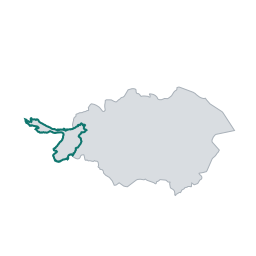 where Badakhshan sits in Afghanistan, rotated 213°
{"feature_id": "AFG-1760", "entity_name": "Badakhshan", "entity_type": "Province", "adm_level": 1, "iso_a3": "AFG", "parent_name": "Afghanistan", "parent_adm1": "", "projection": "orthographic", "projection_center": [71.727, 36.958], "detail": "fine", "context": "in_parent", "style": "outline", "palette": "teal", "viewbox_px": 256, "rotation_deg": 213, "n_neighbors": 0, "source": "natural_earth", "source_scale": "10m", "svg_char_len": 8740}
<svg xmlns="http://www.w3.org/2000/svg" viewBox="0 0 256 256"><g transform="rotate(213 128 128)"><path d="M116.7,76.4L121.0,76.2L123.9,76.9L125.4,78.5L126.9,79.0L128.4,78.3L129.3,78.2L129.6,78.7L130.3,79.0L131.5,78.9L132.1,79.4L132.2,80.3L133.0,81.5L134.4,83.0L135.8,83.3L137.6,82.3L138.2,82.5L138.5,82.1L138.7,81.3L139.8,80.6L141.7,80.0L142.8,79.4L143.2,78.9L143.9,78.8L144.6,78.9L145.1,78.8L145.5,78.1L146.2,77.8L146.8,78.0L149.4,80.6L150.4,81.4L150.9,81.3L152.3,79.9L152.5,78.7L152.1,77.0L152.4,75.7L153.3,74.7L154.9,74.1L157.3,73.9L158.8,74.1L159.3,74.6L160.0,74.9L160.9,75.0L161.7,74.4L162.5,73.2L162.6,71.6L162.0,69.8L162.1,69.2L163.3,68.3L164.6,66.9L165.9,65.2L167.0,63.0L168.5,61.7L170.2,61.2L172.3,61.8L174.7,63.5L175.6,65.6L175.0,68.1L174.9,69.4L175.4,69.7L178.2,69.2L178.6,69.6L178.6,70.3L178.2,71.3L177.7,74.2L176.8,81.5L177.9,85.8L178.8,87.5L179.6,88.1L180.4,88.3L181.3,88.1L183.0,87.0L185.5,84.9L188.0,83.7L191.7,82.9L192.9,80.7L194.5,79.3L198.3,77.1L200.4,76.2L201.6,76.0L204.5,76.8L204.6,77.4L204.5,78.2L203.6,78.8L203.4,79.2L203.7,79.5L204.9,79.6L209.9,78.0L211.0,76.7L212.1,76.6L214.2,77.1L215.8,76.9L216.7,77.4L218.7,79.3L218.1,79.4L217.2,79.0L216.7,78.4L214.7,79.3L212.5,80.6L212.5,80.9L214.6,82.6L210.4,84.6L208.5,85.7L208.1,85.8L205.2,84.9L197.3,85.3L191.3,86.0L188.9,87.0L186.7,87.5L185.6,88.0L184.8,89.0L181.5,91.3L180.9,92.1L179.0,92.0L177.1,94.2L174.2,96.8L173.7,98.0L174.1,98.7L175.6,99.6L176.3,100.5L177.3,103.0L177.8,104.8L178.4,105.6L178.8,107.7L178.1,108.9L178.1,109.5L179.0,111.1L178.8,111.6L178.1,112.4L176.9,114.4L174.9,115.9L174.1,117.3L172.6,118.8L172.0,120.0L171.4,120.7L170.8,121.0L170.9,121.7L171.5,122.6L172.4,123.5L172.3,127.3L171.8,128.4L169.2,129.4L166.8,129.8L163.7,129.8L162.6,129.6L158.4,128.2L157.1,128.8L156.8,130.5L159.1,133.2L160.1,134.8L161.2,137.3L162.0,138.6L161.6,139.8L157.3,142.5L154.5,142.7L152.7,143.1L151.9,143.7L151.2,146.6L150.6,147.6L150.5,148.9L149.9,150.2L149.0,151.1L148.4,152.6L148.7,160.1L146.1,163.1L144.6,164.1L143.2,164.6L142.1,164.4L140.8,162.6L139.8,161.9L138.8,162.0L137.8,162.6L136.2,162.3L134.8,161.7L134.1,161.7L133.7,162.3L132.2,163.5L128.6,165.4L127.1,165.5L126.4,165.9L126.7,166.7L127.3,167.4L128.4,167.9L128.4,168.5L126.5,169.4L124.7,170.0L122.5,170.1L120.3,169.6L119.2,168.7L117.8,168.6L116.6,169.1L115.2,170.1L113.4,172.7L110.7,174.2L110.0,175.8L109.0,178.7L109.1,183.0L108.7,184.9L108.0,186.2L108.1,187.2L108.9,188.4L108.5,189.1L107.8,189.9L107.0,190.3L92.6,193.5L90.2,193.5L89.0,193.2L85.0,192.9L83.3,193.1L81.6,193.5L80.3,194.1L79.3,195.1L77.6,194.4L72.4,192.9L58.0,192.9L56.6,192.5L37.3,183.9L50.8,170.5L51.2,169.4L51.5,167.0L51.0,163.7L49.9,162.1L39.4,159.2L39.2,156.6L39.5,155.5L39.5,153.4L39.7,151.7L40.5,149.0L40.6,147.8L38.5,135.2L38.6,134.0L40.9,131.4L43.7,128.9L43.6,128.4L42.4,128.0L40.5,127.7L39.5,127.2L38.8,126.3L38.6,125.2L39.4,123.3L39.3,119.4L41.6,116.4L44.6,116.6L43.3,114.0L43.0,113.7L43.0,113.3L43.2,112.9L43.9,112.9L45.9,111.6L46.1,110.7L47.9,108.7L47.8,107.7L49.1,105.2L48.8,103.4L48.8,102.4L49.9,101.9L50.9,99.6L51.3,99.0L51.5,98.4L51.3,97.4L52.3,97.3L53.1,98.7L54.5,100.2L55.4,100.7L56.6,101.0L59.3,100.9L59.9,101.0L62.4,103.6L62.9,104.3L63.0,105.2L63.4,105.5L64.5,104.7L65.5,104.5L67.3,105.0L68.2,104.7L73.0,102.2L73.5,100.4L74.0,99.4L74.7,98.8L74.2,96.6L74.5,96.2L75.1,96.1L76.6,96.2L83.6,94.5L85.4,94.6L85.8,94.5L86.0,93.8L86.5,93.2L89.9,91.7L91.9,90.1L92.7,88.9L96.5,78.4L98.2,77.6L99.9,77.0L105.6,77.2L106.8,73.9L107.4,73.2L108.4,72.5L112.4,75.1L116.7,76.4Z" fill="#d9dde1" stroke="#a8b0b8" stroke-width="1"/><path d="M217.6,79.6L217.4,79.5L216.8,78.3L216.6,78.3L216.1,78.9L215.8,78.9L215.7,79.1L215.5,79.4L215.4,79.4L215.1,79.2L214.4,79.4L214.0,79.4L213.8,79.5L213.6,80.1L213.5,80.3L213.3,80.4L213.1,80.4L212.6,80.4L212.4,80.4L212.4,80.7L212.6,81.1L213.0,81.3L213.8,81.7L214.0,81.9L214.3,82.5L214.6,82.6L214.7,82.9L214.6,83.5L214.4,83.6L214.1,83.4L213.9,83.0L213.6,82.9L213.3,82.9L212.8,83.1L212.5,83.3L211.5,84.0L210.9,84.5L210.6,84.6L209.8,84.6L209.6,84.6L209.5,84.8L209.4,85.0L209.3,85.5L209.2,85.6L208.5,85.9L208.2,85.9L207.4,85.7L206.4,85.1L206.0,84.9L205.3,84.8L203.7,84.8L202.1,85.1L201.3,85.0L200.5,85.1L199.9,85.1L199.3,85.3L199.1,85.3L198.2,85.2L196.4,85.4L196.2,85.5L195.8,85.7L195.6,85.7L195.2,85.6L194.9,85.7L194.6,85.8L194.3,85.9L193.2,86.0L192.2,85.9L191.4,85.9L190.6,86.1L190.0,86.4L189.2,87.1L188.4,87.1L187.9,87.3L187.4,87.3L186.3,87.6L185.7,87.8L185.5,88.0L185.7,88.5L185.8,88.7L185.6,88.8L184.9,88.9L184.4,89.1L184.4,89.5L184.2,89.8L183.7,89.9L183.4,90.1L183.2,90.3L182.6,90.6L182.1,91.1L181.9,91.1L181.2,91.2L180.9,91.4L180.9,91.8L181.1,92.3L181.2,92.5L180.8,92.7L180.6,92.7L180.4,92.6L180.1,92.3L179.4,91.8L179.1,91.7L178.9,91.7L178.8,91.8L178.5,92.5L178.4,92.7L178.1,93.0L178.3,93.7L178.0,93.8L177.5,94.0L177.3,94.1L176.3,95.1L176.1,95.3L175.3,95.6L175.2,96.0L174.1,96.8L174.0,97.2L173.9,97.3L173.5,97.7L173.4,98.0L173.5,98.2L173.1,98.5L172.7,99.2L172.5,99.4L172.4,99.5L172.2,100.6L172.1,100.9L171.6,101.7L171.1,102.0L170.9,102.4L171.0,102.6L171.3,102.9L171.4,103.0L171.5,103.1L171.4,103.4L171.1,103.7L170.8,104.1L170.4,104.3L170.0,104.2L169.8,104.3L169.7,104.7L169.7,105.0L169.8,105.4L169.9,106.0L169.6,106.5L169.4,106.5L168.7,106.4L168.3,106.4L168.0,106.3L167.4,105.7L167.2,105.8L167.0,106.1L166.9,106.2L166.9,106.6L166.8,106.8L166.4,107.0L166.0,107.1L165.6,107.0L165.6,106.8L165.5,106.2L165.6,105.8L165.8,105.4L165.8,105.2L165.7,105.0L165.1,104.3L165.0,103.8L164.9,103.7L164.2,103.4L163.8,103.2L163.7,103.2L163.3,103.3L162.9,103.6L162.6,103.7L161.8,103.6L161.9,103.4L162.0,102.4L162.1,102.2L162.1,101.5L162.4,100.8L162.5,100.7L162.7,100.4L163.0,100.2L163.6,99.9L164.0,99.4L164.7,99.1L164.7,98.9L164.7,98.7L164.4,98.2L164.5,97.7L164.5,97.4L164.7,96.6L164.9,96.3L165.0,95.9L164.9,94.3L164.8,94.1L164.5,93.9L164.1,93.9L163.6,93.9L162.8,93.7L162.3,93.6L162.0,93.6L161.9,93.6L161.7,93.4L160.9,92.3L160.2,91.8L159.7,91.5L159.6,91.3L159.6,90.6L159.4,90.1L159.2,89.1L159.2,88.6L159.3,87.9L159.4,84.4L159.7,84.1L159.8,83.9L160.0,83.6L160.3,83.4L160.5,83.3L160.5,83.1L160.8,82.6L160.5,82.1L160.4,81.9L159.9,81.5L159.8,81.4L159.7,81.2L159.8,80.4L159.5,79.4L159.4,79.0L159.5,78.2L159.6,77.8L159.9,77.3L159.8,77.2L159.5,77.2L159.4,75.1L159.5,74.8L160.0,75.0L160.0,74.9L160.3,74.9L160.7,75.1L161.0,75.2L161.4,75.0L161.8,74.5L162.1,73.9L162.4,73.9L162.5,73.8L162.6,73.6L162.5,73.3L162.8,73.0L162.9,72.6L162.9,72.3L162.8,71.7L162.6,71.2L162.5,70.8L162.4,70.7L161.9,70.5L161.7,70.2L161.5,69.7L161.5,69.2L161.6,68.9L161.9,69.1L162.1,69.1L162.4,69.1L162.7,69.0L162.6,68.8L162.6,68.7L163.0,68.3L163.1,68.1L163.5,67.9L164.1,67.2L164.6,66.6L165.1,66.4L165.3,66.2L165.7,65.2L166.1,64.5L166.2,64.1L166.6,63.9L166.8,63.4L166.8,62.9L167.0,62.8L167.4,62.7L167.8,62.4L167.9,62.2L167.6,62.0L167.6,61.9L167.9,61.8L168.6,61.7L168.8,61.4L169.0,61.3L169.4,61.3L169.8,61.4L170.0,61.2L170.6,61.5L170.9,61.5L171.0,61.4L171.0,61.0L171.1,60.9L171.3,60.9L171.6,61.1L171.9,61.3L172.0,61.7L172.1,61.8L172.6,61.9L173.0,62.1L173.5,62.4L174.2,63.2L175.2,63.6L175.6,63.9L175.9,64.3L176.0,65.0L175.9,65.4L175.7,66.0L175.6,66.5L175.4,66.9L175.2,67.5L174.9,68.2L174.8,68.6L174.7,68.9L174.7,69.1L174.7,69.3L174.8,69.3L175.0,69.3L175.4,69.7L175.7,69.8L176.1,69.5L177.6,69.0L178.0,69.0L178.4,69.3L178.8,69.7L178.7,69.8L178.7,70.4L178.7,70.7L178.7,71.0L178.5,71.3L178.1,71.6L178.0,71.8L178.1,72.5L178.0,73.1L177.9,73.7L177.6,74.1L177.6,74.8L177.7,76.0L177.6,76.6L177.5,77.0L177.4,77.2L177.5,77.8L177.5,78.4L177.5,78.7L177.4,78.9L177.4,79.4L177.0,80.1L177.0,80.5L176.9,80.6L176.9,80.9L176.8,81.5L176.7,82.4L176.8,82.6L177.0,83.1L177.1,83.3L177.1,83.9L177.1,84.2L177.2,84.5L177.9,85.6L178.0,85.9L178.1,86.6L178.2,86.9L178.5,87.5L178.9,87.9L179.4,88.2L180.0,88.3L180.6,88.3L181.2,88.2L181.7,88.0L185.2,85.4L185.5,85.0L185.9,84.8L186.3,84.2L186.8,83.9L188.1,83.4L188.6,83.3L189.4,83.4L189.9,83.2L191.7,82.9L191.8,82.8L191.8,82.5L192.3,81.7L192.9,80.5L193.3,80.0L193.7,79.7L194.3,79.6L194.6,79.5L194.9,79.2L195.7,78.6L196.6,78.5L196.8,78.3L197.0,78.1L197.2,77.7L197.4,77.4L197.8,77.1L198.2,77.1L198.3,77.1L198.9,76.4L199.1,76.3L199.3,76.2L199.6,76.1L199.9,76.2L200.1,76.3L200.3,76.4L201.1,75.9L201.6,75.9L203.1,76.4L203.9,76.6L204.4,76.6L204.9,76.6L204.8,77.2L204.8,77.8L204.7,78.0L204.5,78.3L204.3,78.4L204.1,78.5L203.7,78.6L203.4,78.7L203.2,78.9L203.0,79.2L203.1,79.5L203.3,79.6L203.8,79.5L204.0,79.5L204.4,79.9L204.5,79.9L204.7,79.7L204.8,79.7L205.3,79.7L205.5,79.7L205.9,79.2L206.2,79.2L206.7,79.1L207.4,78.7L207.6,78.7L208.5,78.3L209.9,78.0L210.2,77.9L210.4,77.6L210.4,77.1L210.6,76.9L210.9,76.9L211.2,77.0L211.5,76.9L211.7,76.5L211.9,76.6L212.0,76.6L212.3,76.9L212.4,77.0L212.9,77.0L213.4,77.0L214.2,77.2L215.5,77.1L215.9,76.9L217.4,77.8L217.8,78.1L218.4,79.1L218.7,79.3L217.8,79.5L217.6,79.6Z" fill="none" stroke="#0f766e" stroke-width="2"/></g></svg>